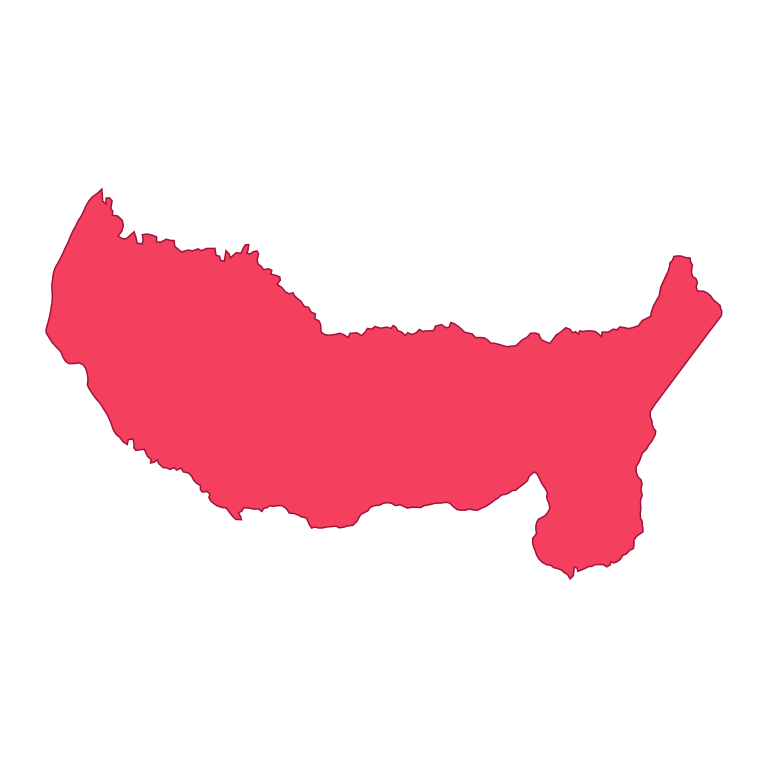 the district of Bom Jesus do Tocantins, Tocantins, Brazil
{"feature_id": "56859067B75355152775274", "entity_name": "Bom Jesus do Tocantins", "entity_type": "district", "adm_level": 2, "iso_a3": "BRA", "parent_name": "Brazil", "parent_adm1": "Tocantins", "projection": "mercator", "projection_center": [-47.87, -9.003], "detail": "fine", "context": "isolated", "style": "filled", "palette": "rose", "viewbox_px": 768, "rotation_deg": 0, "n_neighbors": 0, "source": "geoboundaries", "source_scale": "gbopen_adm2", "svg_char_len": 5965}
<svg xmlns="http://www.w3.org/2000/svg" viewBox="0 0 768 768"><path d="M721.9,311.8L720.7,308.6L720.1,305.5L717.2,303.0L713.3,299.8L710.7,295.9L706.9,292.7L703.3,291.2L697.4,290.9L696.2,286.8L697.4,282.4L695.9,278.6L692.9,276.7L691.6,273.1L691.6,269.6L692.4,265.0L690.5,261.5L690.1,258.0L685.7,257.6L681.7,256.2L678.4,255.9L673.9,256.4L672.4,260.5L670.0,262.6L669.5,266.7L668.2,271.2L665.8,276.0L660.9,286.8L660.0,291.1L659.2,295.7L656.3,300.8L653.5,305.9L652.2,309.4L651.2,312.6L650.5,316.4L642.2,320.6L638.5,325.7L632.9,327.6L628.7,328.6L624.0,327.6L619.9,326.9L617.1,329.7L613.2,329.2L608.2,332.1L602.1,332.1L601.6,336.8L598.1,333.6L595.1,331.5L591.8,330.9L586.8,330.9L583.6,331.5L579.7,330.9L578.4,334.1L575.5,331.6L572.6,332.9L570.1,329.4L565.8,327.7L563.1,330.1L559.6,332.9L556.0,335.1L554.1,338.0L549.9,343.4L545.4,341.7L541.6,339.8L540.0,337.1L538.7,334.1L535.4,333.1L530.5,333.3L527.2,337.2L522.0,340.0L519.4,342.5L516.0,345.7L506.7,346.7L501.1,345.0L495.0,343.4L490.4,343.0L488.1,340.3L484.6,338.0L480.7,337.5L475.5,337.6L472.2,333.9L464.7,332.3L459.6,327.4L454.1,323.6L450.8,322.6L449.0,327.5L445.8,327.6L441.5,324.6L435.3,326.2L433.8,330.5L429.6,330.9L426.1,330.9L422.8,331.5L419.4,329.4L416.3,332.8L412.0,334.6L407.7,332.7L405.4,335.5L401.4,331.9L397.5,330.5L396.1,327.4L393.2,325.5L391.1,328.4L386.9,327.1L380.7,328.2L375.0,326.5L371.8,329.2L367.4,328.4L365.5,331.7L361.7,335.6L356.9,332.8L349.9,333.4L348.2,337.5L344.0,334.8L339.7,333.2L336.0,334.3L329.1,335.3L324.7,334.6L321.1,332.1L320.7,324.9L319.1,321.1L314.8,318.7L315.3,313.8L311.3,312.3L308.5,307.4L304.4,306.4L300.7,301.0L296.8,298.0L294.4,295.6L293.1,292.8L289.2,293.8L285.0,291.5L282.1,287.7L277.1,284.3L280.3,280.2L279.7,276.8L275.0,275.2L270.8,274.1L271.8,270.3L268.4,268.7L263.5,269.7L261.3,266.2L258.3,264.3L257.0,260.3L258.5,254.0L257.1,251.0L253.8,251.5L250.1,253.9L247.0,253.5L248.1,249.5L248.7,244.5L245.3,244.9L243.6,247.6L240.9,253.4L236.4,252.6L230.4,257.8L229.1,254.0L226.0,250.7L224.3,261.1L220.7,260.5L219.5,256.2L216.0,255.2L214.9,248.4L206.7,248.4L201.5,250.7L198.0,248.9L192.4,250.9L188.2,250.0L181.5,252.0L174.7,246.3L174.2,240.5L170.5,240.4L166.2,239.2L160.6,242.2L156.7,242.0L156.5,236.8L151.9,235.1L147.0,234.0L142.3,234.7L143.1,240.1L142.0,244.1L137.0,243.0L136.0,237.5L134.1,231.8L130.6,234.8L126.5,238.7L122.6,238.7L118.1,236.3L121.8,231.1L123.4,225.7L122.3,220.3L117.7,216.0L112.3,215.2L112.8,211.3L110.8,208.5L112.1,200.8L109.3,197.8L106.1,198.2L106.0,203.9L102.6,201.0L102.4,196.8L102.2,193.7L101.8,189.1L98.5,192.3L95.4,194.8L92.4,196.8L89.2,200.5L86.8,204.4L85.3,207.3L83.7,211.0L81.6,215.4L78.9,219.6L76.8,223.5L75.6,226.4L73.8,229.3L71.8,233.2L69.4,239.0L67.6,243.3L65.7,247.0L64.2,250.2L62.9,253.4L61.2,256.8L57.5,263.8L55.7,266.7L54.0,270.9L53.0,275.5L52.6,279.9L51.9,283.9L51.9,288.4L52.2,292.8L52.3,297.3L52.1,302.5L51.2,306.7L50.6,311.3L49.4,317.2L48.0,322.6L46.9,326.3L46.1,329.4L46.2,332.9L48.4,336.5L50.0,339.2L52.3,342.6L55.2,345.9L58.4,349.1L61.0,352.2L62.3,355.6L63.8,358.6L65.6,361.3L69.1,363.7L73.9,363.5L79.0,362.9L83.3,364.8L85.9,368.9L87.3,373.8L87.9,377.9L87.9,381.0L87.4,384.6L88.6,387.8L91.1,391.7L93.8,395.8L96.6,399.5L99.6,402.7L101.9,406.0L103.9,409.5L105.8,412.2L108.0,416.2L110.2,421.0L111.9,425.8L113.6,430.4L116.1,434.3L120.0,437.6L123.1,441.9L127.3,444.5L128.3,439.5L133.1,439.2L134.1,444.1L133.8,447.8L136.0,450.5L139.5,449.8L144.4,449.3L145.8,452.7L147.4,456.2L151.1,459.6L150.5,463.0L154.3,462.2L157.2,459.8L158.7,463.6L163.0,467.5L167.0,468.0L170.0,469.4L174.2,467.7L176.6,470.1L181.0,468.1L183.4,471.9L188.7,473.0L191.8,476.5L193.8,480.4L196.4,483.1L200.4,485.5L200.4,489.7L202.4,492.1L207.0,491.4L209.9,494.2L208.9,497.5L210.4,500.6L213.0,503.0L216.9,505.7L222.2,507.5L225.8,507.8L228.0,510.3L229.9,512.9L232.6,516.4L235.9,519.4L241.4,519.7L240.5,516.4L238.4,512.9L241.9,511.0L243.7,507.7L248.7,508.1L253.9,509.1L258.3,508.9L261.9,511.5L263.8,508.3L267.1,507.7L269.5,505.7L273.1,506.4L276.8,505.7L281.9,505.6L286.3,508.5L289.3,513.1L294.2,513.5L297.8,514.9L301.3,516.8L306.1,517.8L307.7,520.7L309.5,525.0L311.6,528.1L314.8,527.0L318.7,528.0L322.8,527.9L326.5,527.0L332.0,526.6L335.8,526.0L339.0,527.8L343.5,527.2L347.7,526.0L352.9,525.3L356.9,521.3L359.0,517.6L360.7,514.5L364.4,512.6L367.9,510.8L370.0,507.6L373.9,505.7L379.6,505.1L383.5,503.2L387.3,502.7L391.5,503.2L395.4,505.6L400.1,504.7L403.6,506.3L407.3,508.1L411.6,507.3L416.4,507.3L420.8,507.6L424.1,505.6L429.6,504.7L435.3,503.2L441.3,503.0L446.3,502.3L449.8,503.1L452.8,506.2L457.1,509.6L461.2,510.2L465.1,510.2L469.7,509.0L473.5,510.0L477.5,510.2L482.0,507.9L485.5,506.6L488.9,504.4L492.3,502.0L494.8,500.0L497.7,498.3L501.5,494.9L505.4,494.4L508.6,493.1L512.3,490.6L515.7,490.2L519.0,487.5L523.5,484.1L527.5,480.6L528.9,476.7L531.4,474.3L534.4,471.9L537.2,474.0L542.2,484.1L545.4,488.7L547.4,492.9L546.7,496.4L547.2,499.5L549.1,503.6L549.8,508.6L547.4,513.0L544.6,516.0L541.6,517.6L538.6,519.1L536.7,522.2L535.9,525.7L535.9,529.9L536.6,533.2L534.9,535.9L532.7,538.2L532.7,542.7L533.6,546.9L535.5,551.5L536.7,555.3L539.2,559.3L542.4,562.4L546.6,564.7L551.1,565.4L553.6,567.6L557.8,568.6L561.4,570.0L563.9,572.3L567.4,574.3L570.1,578.9L573.3,575.7L573.9,570.6L574.3,567.1L577.1,568.1L577.8,571.3L581.4,570.0L585.3,568.3L588.6,566.5L591.6,566.5L595.2,564.6L599.0,564.6L603.3,564.6L606.8,566.9L610.1,565.0L610.9,562.0L613.9,562.9L617.0,561.8L620.3,559.3L622.7,555.4L626.4,553.9L629.7,550.3L633.5,548.4L634.0,544.1L634.0,540.0L636.4,536.5L639.7,534.0L643.0,531.8L642.8,528.1L642.3,525.0L642.3,521.5L640.5,518.3L640.3,513.5L640.9,508.3L640.5,503.7L640.5,500.3L642.2,495.2L641.0,489.7L642.0,483.6L640.9,479.7L638.0,477.0L636.2,472.0L636.2,466.7L638.5,463.0L639.8,460.3L640.9,456.9L642.5,452.9L645.0,450.7L647.0,448.3L649.0,444.7L651.7,441.4L653.3,438.3L655.2,434.8L655.7,431.1L653.7,428.3L652.4,425.5L652.0,421.6L650.3,416.6L650.3,411.5L655.4,403.7L659.0,398.9L709.2,331.7L719.4,318.4L721.3,315.7L721.9,311.8Z" fill="#f43f5e" stroke="#9f1239" stroke-width="1.5"/></svg>